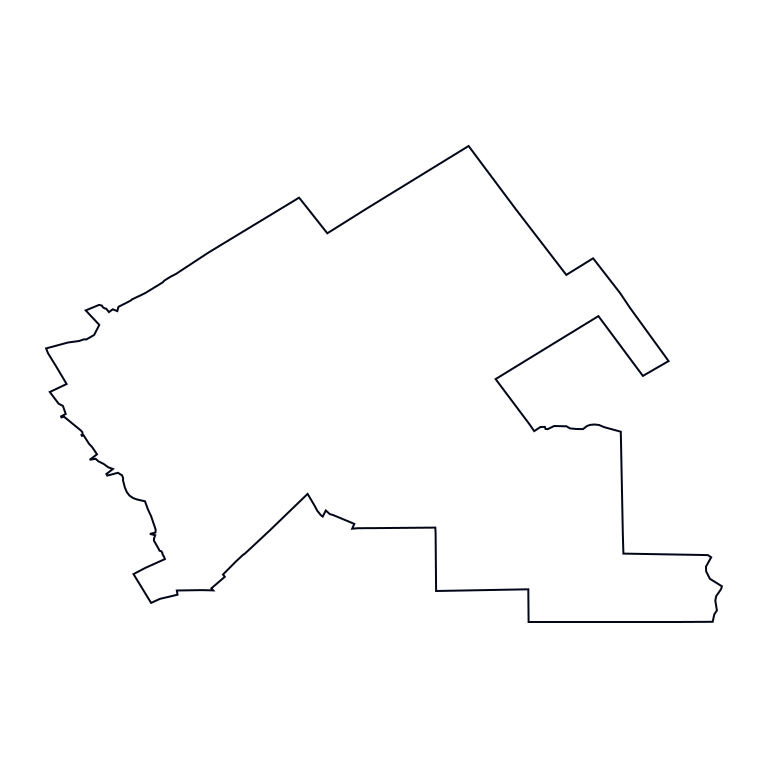 Vitanesti, Teleorman, Romania
{"feature_id": "2599482B39756313784680", "entity_name": "Vitanesti", "entity_type": "district", "adm_level": 2, "iso_a3": "ROU", "parent_name": "Romania", "parent_adm1": "Teleorman", "projection": "natural_earth1", "projection_center": [25.463, 44.005], "detail": "fine", "context": "isolated", "style": "outline", "palette": "ink", "viewbox_px": 768, "rotation_deg": 0, "n_neighbors": 0, "source": "geoboundaries", "source_scale": "gbopen_adm2", "svg_char_len": 2337}
<svg xmlns="http://www.w3.org/2000/svg" viewBox="0 0 768 768"><path d="M667.9,360.2L665.5,356.8L656.3,344.1L655.1,342.5L650.9,336.7L630.1,308.0L620.1,293.1L593.1,258.3L566.3,274.9L516.1,209.6L485.5,168.7L468.6,146.0L445.6,160.1L366.0,209.0L327.3,233.3L300.1,198.9L299.0,197.7L221.9,244.4L208.1,252.8L181.3,270.4L176.4,273.7L170.6,276.7L164.3,280.6L162.8,282.3L145.0,293.2L131.8,299.5L131.1,300.3L127.0,302.5L118.5,306.8L117.3,311.1L112.7,309.3L109.0,312.1L106.1,308.6L104.9,308.5L102.9,307.3L101.9,305.6L99.1,304.9L85.7,310.4L99.3,324.9L94.1,335.0L90.1,337.3L86.2,339.5L84.0,339.3L79.1,341.0L68.0,342.5L61.4,344.3L46.1,348.4L48.0,353.2L56.2,366.5L66.6,384.0L49.8,392.0L58.6,403.7L62.9,405.9L65.2,412.4L65.7,414.0L61.1,416.4L61.5,417.4L63.9,416.6L80.9,430.5L82.3,432.1L82.7,434.4L81.5,435.0L82.0,435.9L83.6,435.3L89.1,443.9L91.9,446.8L97.0,454.3L89.7,459.8L95.6,458.8L98.4,461.3L103.6,463.9L108.1,467.2L112.9,469.0L106.4,474.0L107.3,475.6L117.9,472.8L122.1,475.4L123.2,478.5L122.9,479.9L124.8,487.3L126.7,491.9L129.4,495.5L133.0,498.0L136.8,499.4L145.0,501.3L147.7,508.8L148.9,511.5L151.1,516.2L155.4,528.8L155.7,530.0L155.4,532.6L149.9,533.9L155.2,535.2L154.1,538.3L153.9,540.6L158.5,548.6L159.5,550.7L161.2,551.2L162.2,552.5L162.7,554.6L164.1,557.0L164.9,559.1L155.1,563.5L145.3,567.9L133.5,574.1L151.1,602.9L160.1,598.8L168.8,596.8L177.5,594.7L177.5,594.4L176.8,590.5L189.4,590.3L201.9,590.1L213.2,590.4L211.4,588.3L224.8,576.8L223.0,574.5L236.2,561.2L243.6,554.3L244.0,554.4L250.3,548.6L270.0,530.2L307.6,493.9L314.4,505.4L317.3,510.8L320.8,515.1L322.7,516.6L325.8,510.5L329.8,514.1L333.0,515.0L354.3,523.9L352.2,528.7L357.8,528.2L376.9,528.1L435.3,527.6L435.6,532.9L436.1,591.0L528.3,589.3L528.6,622.0L676.2,622.0L694.5,621.9L712.7,621.8L714.3,614.3L716.9,610.4L715.3,600.5L716.3,595.9L718.4,593.0L720.7,589.6L721.2,588.9L721.5,587.8L721.9,586.3L709.9,578.8L706.1,571.3L706.0,566.6L711.2,557.3L707.8,555.1L697.3,554.9L623.4,553.6L622.8,532.7L621.5,467.2L620.8,431.7L604.3,427.2L599.1,425.0L594.4,424.5L590.1,424.9L587.0,426.0L583.0,429.1L576.4,429.0L570.0,428.4L566.5,426.3L554.2,426.0L547.5,429.2L545.5,428.9L544.9,426.9L540.5,427.0L534.2,431.1L529.5,424.3L495.6,379.1L527.2,359.7L598.4,316.1L614.1,337.2L618.4,343.0L633.4,363.2L642.9,375.9L655.7,368.5L668.6,361.1L667.9,360.2Z" fill="none" stroke="#020617" stroke-width="2"/></svg>